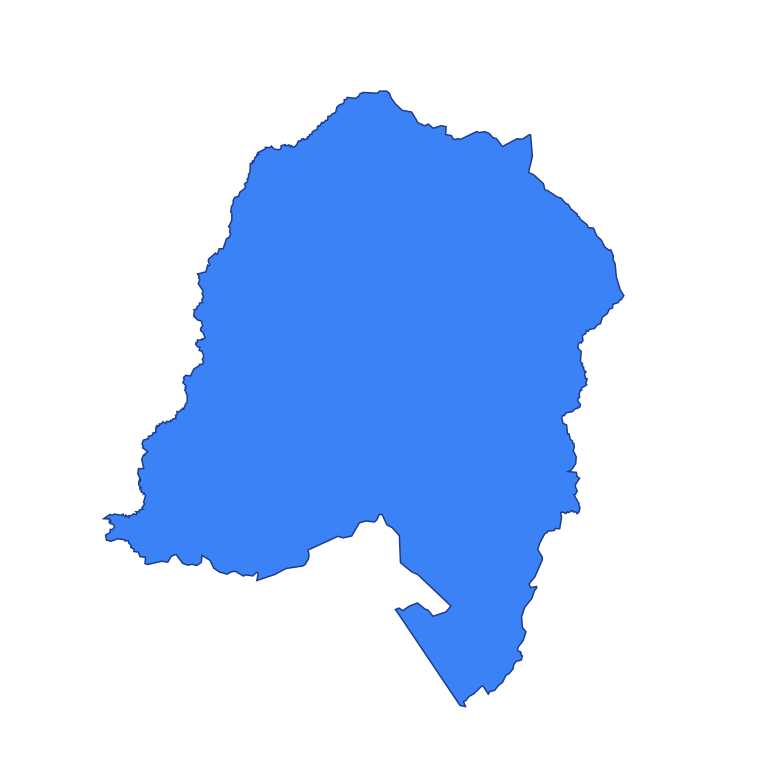 the district of Asunafo North Municipal, Brong Ahafo, Ghana, rotated 18°
{"feature_id": "2480657B96138797401471", "entity_name": "Asunafo North Municipal", "entity_type": "district", "adm_level": 2, "iso_a3": "GHA", "parent_name": "Ghana", "parent_adm1": "Brong Ahafo", "projection": "robinson", "projection_center": [-2.711, 6.815], "detail": "fine", "context": "isolated", "style": "filled", "palette": "blue", "viewbox_px": 768, "rotation_deg": 18, "n_neighbors": 0, "source": "geoboundaries", "source_scale": "gbopen_adm2", "svg_char_len": 6158}
<svg xmlns="http://www.w3.org/2000/svg" viewBox="0 0 768 768"><g transform="rotate(18 384 384)"><path d="M159.0,598.7L164.9,597.2L165.2,600.0L166.6,599.0L166.6,601.4L169.4,600.9L172.0,603.0L170.8,606.3L168.6,606.9L169.3,610.1L165.9,613.7L168.4,618.3L173.0,617.9L178.6,613.5L185.2,612.3L186.3,613.3L189.1,612.0L190.6,614.3L192.9,615.2L193.6,617.6L197.2,618.3L197.9,620.6L202.3,619.8L205.3,623.6L210.8,622.6L212.1,628.6L214.8,628.8L227.5,621.2L233.4,620.3L234.9,613.5L238.9,610.4L248.0,616.8L253.5,616.9L257.2,614.7L262.0,614.5L265.4,610.0L263.8,603.2L273.2,605.5L278.9,611.7L285.7,613.7L293.6,613.3L297.2,609.5L300.7,608.1L309.6,610.1L311.6,608.2L318.4,607.1L321.2,602.3L323.0,603.5L323.8,610.2L339.0,598.9L347.7,589.8L362.9,582.2L364.8,579.8L366.2,573.6L365.5,569.6L363.0,565.4L387.3,543.1L392.6,543.0L400.3,538.5L403.5,523.7L409.2,519.8L417.5,518.2L419.0,515.9L419.8,509.5L422.6,508.7L430.3,517.1L436.3,518.1L445.5,523.5L454.9,548.9L468.5,554.1L475.1,554.8L516.3,574.5L513.3,581.7L502.4,589.7L495.4,585.3L492.9,585.5L483.4,581.9L476.7,587.4L471.9,593.7L467.5,592.5L464.6,594.9L555.6,666.2L561.2,665.6L557.8,661.5L559.8,659.6L561.1,655.3L565.1,650.9L570.3,641.2L571.6,640.7L579.0,646.7L579.7,643.8L583.9,641.2L585.9,635.4L588.9,631.1L590.0,623.4L592.4,620.8L594.8,614.9L594.1,610.9L595.3,607.0L599.8,604.2L599.7,599.9L597.3,598.7L597.5,597.2L596.4,596.5L593.8,596.5L592.6,593.6L595.6,585.1L595.6,575.8L590.8,572.7L586.8,562.9L586.8,553.0L590.8,542.5L591.0,534.0L592.2,530.9L591.7,529.5L586.2,532.3L583.7,529.3L587.1,520.7L588.9,502.1L587.8,499.5L581.3,493.9L581.3,487.0L583.2,476.5L584.9,475.2L585.2,473.4L591.2,470.7L591.6,468.5L595.8,467.4L594.1,456.1L591.8,452.0L592.8,450.7L597.2,450.9L597.6,449.2L599.7,449.0L601.7,446.3L603.6,447.2L605.9,446.3L607.8,447.7L609.0,445.3L608.5,440.6L606.8,439.6L606.5,437.6L599.0,430.7L599.9,430.3L600.9,426.1L597.6,422.4L597.3,419.5L599.2,413.3L596.0,412.1L594.2,408.6L586.1,410.4L588.9,407.6L590.9,400.6L589.4,394.0L584.6,388.9L584.4,384.8L582.9,382.0L582.1,382.3L580.8,380.0L578.1,379.0L575.4,374.2L573.9,374.7L570.3,366.5L566.5,366.1L563.5,361.2L563.4,359.0L565.4,358.3L566.1,355.0L571.4,352.3L573.9,348.0L575.9,347.3L575.7,346.0L577.4,345.4L577.1,342.7L573.5,340.4L573.1,338.2L574.2,336.0L572.6,333.0L572.7,329.8L573.8,328.7L572.9,328.5L573.1,326.9L577.1,322.2L575.7,320.8L575.7,316.3L574.0,316.5L571.9,312.9L571.4,310.8L572.4,310.2L569.6,308.7L568.7,306.4L566.4,305.2L566.8,303.6L563.9,302.0L561.5,292.1L557.7,290.3L556.4,287.1L557.0,284.1L559.0,284.0L559.8,281.2L557.6,276.5L560.2,273.9L560.0,270.6L561.9,270.8L562.5,268.6L567.1,266.1L568.6,261.7L571.2,259.8L571.1,252.9L574.6,248.0L575.2,243.1L577.8,241.2L577.2,237.4L581.8,234.0L581.6,232.2L583.4,230.7L584.8,225.8L579.7,221.6L571.9,210.4L566.6,198.2L563.6,195.2L562.4,191.1L558.3,186.3L556.9,187.3L551.8,185.6L546.2,180.0L540.4,177.3L535.1,171.0L529.9,172.1L527.8,169.7L519.5,166.7L518.2,164.9L516.1,164.6L515.4,162.8L508.0,159.9L503.5,156.2L501.0,156.2L495.0,152.5L490.9,152.6L479.6,149.4L477.2,149.9L473.7,144.2L461.5,138.7L456.1,138.3L454.8,121.8L446.5,101.8L445.1,102.0L440.1,108.3L434.6,109.7L423.2,121.6L415.2,115.9L411.4,116.0L406.5,113.1L401.8,112.9L396.8,115.5L394.2,115.2L381.2,127.7L378.6,127.7L376.4,129.5L373.5,129.2L371.4,126.9L365.6,127.7L363.5,120.1L358.6,120.6L351.8,125.5L345.7,123.1L342.9,125.9L335.6,125.0L326.2,116.8L316.6,118.1L308.1,113.9L302.5,109.9L299.3,105.8L295.9,104.6L289.2,106.9L287.6,109.6L274.5,113.0L271.5,115.3L270.8,118.6L268.5,121.2L260.4,122.8L260.3,124.9L258.3,125.9L259.1,128.1L258.2,130.3L255.6,131.9L253.6,135.3L254.1,140.6L251.0,143.5L250.3,145.7L248.0,146.8L248.9,150.6L247.1,151.2L245.5,154.8L243.9,154.4L243.3,158.5L241.9,158.4L241.2,159.9L241.9,162.6L238.8,165.0L237.8,167.0L238.3,168.6L236.3,169.8L236.4,171.3L234.7,173.1L235.6,174.1L232.5,176.4L231.9,175.5L230.0,176.4L229.7,178.8L227.6,179.2L227.0,183.6L225.1,186.8L222.2,186.0L221.8,187.3L219.9,185.9L217.0,187.9L216.0,186.8L212.5,189.2L213.3,191.9L211.9,193.7L206.7,194.5L203.4,192.5L202.5,194.4L198.1,195.6L198.9,196.6L192.4,203.0L193.9,204.1L192.1,205.1L192.6,206.7L191.2,208.4L191.6,212.7L191.0,214.0L190.0,211.8L190.3,215.1L188.7,215.5L191.2,224.2L190.4,226.3L191.4,230.2L190.5,231.0L191.7,233.3L189.5,237.0L191.0,238.3L191.2,241.1L187.7,246.0L187.7,250.3L184.4,252.7L183.8,256.0L184.9,259.3L184.1,262.3L185.0,267.6L186.7,269.1L188.7,275.7L187.6,282.4L189.5,283.1L190.3,287.3L191.9,288.9L191.4,292.3L189.3,294.5L189.2,305.0L185.5,306.4L185.5,311.7L184.8,312.5L183.3,311.5L178.7,319.3L178.8,321.3L181.4,324.4L180.8,325.8L179.6,325.5L180.0,332.3L172.6,337.0L175.1,338.8L174.8,340.0L176.6,341.9L176.3,346.0L183.3,351.5L182.9,353.9L185.2,356.4L184.8,360.6L186.3,362.5L183.5,364.0L184.1,365.7L182.2,368.7L182.9,370.2L180.3,372.2L181.1,372.5L182.0,378.3L187.3,380.8L190.8,380.5L193.6,385.0L192.4,387.6L193.0,389.8L196.0,391.0L199.5,395.2L197.6,398.2L197.0,397.4L195.7,399.1L192.9,399.8L193.6,402.2L192.5,402.5L192.4,404.3L195.4,406.3L197.5,405.9L197.8,409.1L200.6,409.2L203.0,411.5L204.2,414.6L203.5,416.6L205.6,418.8L204.9,421.6L202.5,422.3L202.8,423.6L198.6,428.2L197.4,436.3L192.9,436.9L191.3,440.0L192.7,441.5L192.2,444.7L196.1,446.9L195.9,448.4L197.0,448.8L196.2,450.9L200.3,455.6L202.5,462.2L201.5,463.9L201.3,469.8L200.2,469.2L197.7,473.8L195.6,474.2L196.7,476.9L195.4,478.2L196.8,480.9L194.4,482.1L192.5,485.7L192.1,485.0L191.6,486.1L188.7,486.8L188.8,488.9L185.3,488.3L184.4,490.8L182.7,491.4L183.2,493.0L181.5,493.6L181.8,494.5L180.8,493.9L180.5,495.8L181.9,500.8L179.6,501.6L179.2,504.7L176.1,506.6L176.7,508.8L172.5,511.7L172.4,515.8L174.4,518.1L174.1,519.3L180.2,521.2L178.2,524.7L178.7,525.8L177.2,525.9L176.8,530.3L181.6,538.7L176.7,540.3L177.5,545.3L182.4,550.6L182.1,551.9L181.0,551.0L181.1,553.6L182.1,556.0L185.1,557.6L183.8,558.2L184.5,559.7L186.0,560.0L186.2,561.6L189.2,562.0L189.2,563.0L190.0,562.2L191.7,564.0L191.9,570.9L193.4,572.0L192.0,576.5L193.4,577.5L190.2,579.5L190.6,581.2L187.6,582.2L188.7,582.8L188.6,585.0L186.1,584.7L184.3,587.2L182.0,588.1L182.6,589.8L179.1,588.6L179.5,590.0L177.3,589.8L176.0,588.4L174.4,590.1L167.8,591.0L165.9,593.1L163.8,592.7L159.0,598.7Z" fill="#3b82f6" stroke="#1e3a8a" stroke-width="1.5"/></g></svg>